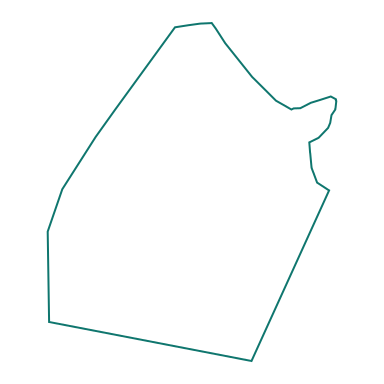 Al-Kharga Oasis, Al Wadi at Jadid, Egypt
{"feature_id": "37247803B20145410144228", "entity_name": "Al-Kharga Oasis", "entity_type": "district", "adm_level": 2, "iso_a3": "EGY", "parent_name": "Egypt", "parent_adm1": "Al Wadi at Jadid", "projection": "robinson", "projection_center": [32.312, 25.153], "detail": "fine", "context": "isolated", "style": "outline", "palette": "teal", "viewbox_px": 384, "rotation_deg": 0, "n_neighbors": 0, "source": "geoboundaries", "source_scale": "gbopen_adm2", "svg_char_len": 803}
<svg xmlns="http://www.w3.org/2000/svg" viewBox="0 0 384 384"><path d="M49.1,322.0L251.5,361.0L329.1,190.4L328.4,190.0L317.1,182.6L313.9,174.0L313.9,173.9L313.7,173.4L313.5,172.9L313.2,172.2L311.6,167.9L311.6,167.5L311.6,167.3L311.5,167.2L311.4,166.0L310.2,153.1L310.1,152.9L309.3,142.4L318.6,137.8L328.1,127.9L330.2,122.9L331.5,115.1L335.3,109.5L335.3,108.5L335.5,108.2L336.3,101.1L336.2,101.0L336.2,100.9L336.1,100.7L336.0,100.4L336.0,100.2L335.9,100.2L335.9,99.9L335.9,99.7L335.8,99.4L335.8,99.2L330.8,96.5L319.9,100.0L310.8,102.8L300.3,108.2L293.7,108.4L291.4,109.5L276.0,100.7L268.7,93.4L252.1,76.9L225.2,43.2L215.7,28.5L211.7,23.0L211.2,23.1L200.2,23.6L189.3,25.1L189.2,25.1L175.0,27.3L115.1,109.7L95.6,137.0L62.3,189.2L47.7,231.6L49.1,322.0Z" fill="none" stroke="#0f766e" stroke-width="2"/></svg>